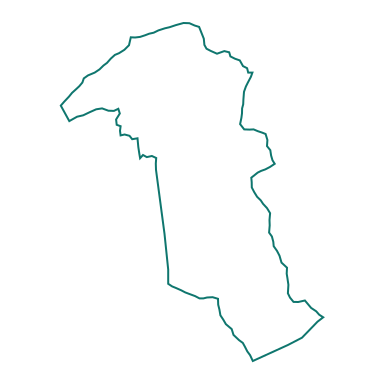 the district of Araçagi, Paraíba, Brazil
{"feature_id": "56859067B93245396056078", "entity_name": "Araçagi", "entity_type": "district", "adm_level": 2, "iso_a3": "BRA", "parent_name": "Brazil", "parent_adm1": "Paraíba", "projection": "robinson", "projection_center": [-35.356, -6.871], "detail": "fine", "context": "isolated", "style": "outline", "palette": "teal", "viewbox_px": 384, "rotation_deg": 0, "n_neighbors": 0, "source": "geoboundaries", "source_scale": "gbopen_adm2", "svg_char_len": 2027}
<svg xmlns="http://www.w3.org/2000/svg" viewBox="0 0 384 384"><path d="M189.4,23.2L183.5,23.0L175.9,25.1L169.6,27.2L164.9,28.3L158.4,30.4L153.7,32.7L149.2,33.7L145.0,35.3L140.1,36.9L135.1,37.5L130.8,37.3L129.0,45.2L124.4,49.8L119.0,53.2L114.9,54.9L110.8,58.6L107.0,62.9L103.5,65.5L99.5,69.4L94.7,72.6L88.0,75.4L83.8,78.4L82.4,82.5L79.3,86.2L76.3,89.0L72.0,92.9L69.0,96.6L64.2,101.7L60.8,105.6L69.3,121.1L73.0,119.0L77.1,116.7L83.2,115.3L89.9,112.1L96.2,109.3L102.1,108.4L108.4,110.7L113.9,110.9L118.3,108.8L119.8,113.5L116.1,119.5L116.7,124.8L120.6,126.2L120.0,130.8L120.6,135.4L124.6,134.5L129.5,135.8L132.2,139.2L137.5,138.3L138.3,146.9L139.3,153.6L140.1,158.2L143.0,155.0L146.8,157.1L151.9,156.0L156.2,158.0L155.8,163.6L156.0,169.8L164.5,233.8L168.2,269.6L168.2,283.8L172.1,286.4L176.0,288.0L181.2,290.3L185.2,292.4L188.9,293.8L195.1,296.1L199.5,298.4L203.4,298.4L207.0,297.5L212.6,297.2L218.0,298.8L218.2,304.7L219.4,309.5L220.4,315.3L223.3,319.7L225.9,324.2L231.7,329.1L233.5,334.9L239.1,340.2L242.8,342.9L244.9,346.7L247.3,351.4L250.1,355.2L252.8,361.0L287.9,345.0L302.0,337.7L317.5,321.7L323.2,317.3L319.2,314.7L316.2,311.3L311.1,307.9L304.9,300.5L298.2,302.0L293.5,301.9L290.0,297.6L287.9,293.3L288.4,284.8L287.4,278.0L286.7,273.7L287.0,267.7L281.5,262.6L279.5,255.7L277.0,250.9L273.7,246.2L273.3,241.8L271.9,236.5L269.1,232.6L269.7,225.4L269.5,220.1L270.1,213.2L267.0,208.1L263.1,203.9L260.7,200.3L257.1,196.8L254.2,192.1L251.8,187.5L251.7,182.2L251.3,177.7L257.7,172.6L261.1,170.9L265.3,169.4L269.9,167.0L274.7,163.8L272.5,160.3L271.1,155.5L270.3,150.2L267.0,146.1L267.4,140.0L265.6,134.0L262.1,132.6L257.9,131.2L253.6,129.4L249.5,129.6L244.2,129.4L240.1,124.1L241.4,117.8L242.0,113.3L242.1,108.4L243.2,104.3L243.4,99.6L244.0,91.8L245.9,86.5L247.9,82.5L250.9,76.8L252.4,72.6L248.2,72.6L247.1,68.2L243.0,66.1L239.8,60.4L234.9,58.7L230.4,56.4L229.2,52.3L224.3,51.1L217.0,53.7L210.7,50.9L206.5,48.7L204.4,44.9L203.8,38.7L201.1,31.9L199.1,26.9L194.6,25.5L189.4,23.2Z" fill="none" stroke="#0f766e" stroke-width="2"/></svg>